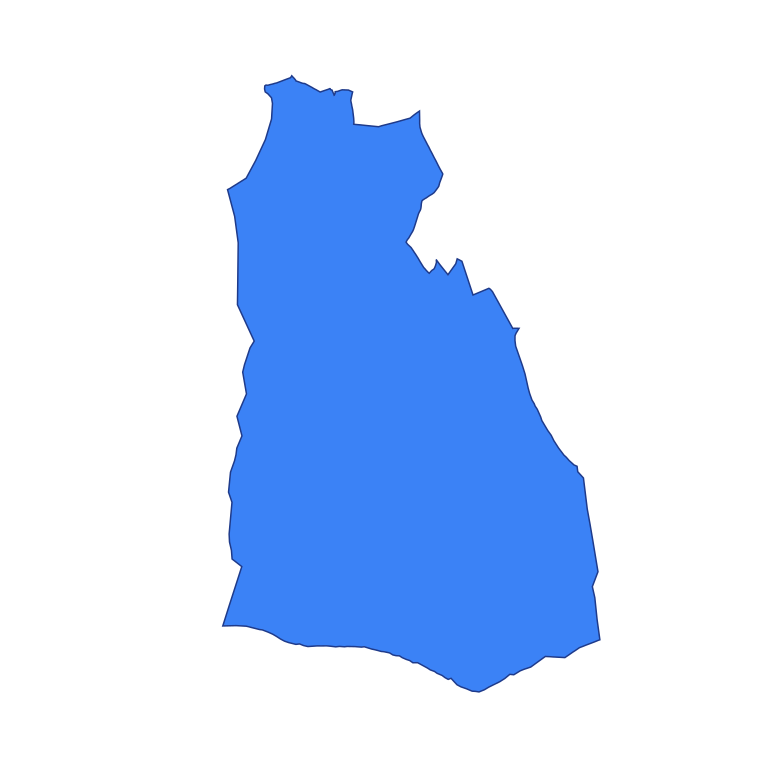 the district of Etche, Rivers, Nigeria, rotated 173°
{"feature_id": "59680162B93423525469915", "entity_name": "Etche", "entity_type": "district", "adm_level": 2, "iso_a3": "NGA", "parent_name": "Nigeria", "parent_adm1": "Rivers", "projection": "equal_earth", "projection_center": [7.069, 5.07], "detail": "fine", "context": "isolated", "style": "filled", "palette": "blue", "viewbox_px": 768, "rotation_deg": 173, "n_neighbors": 0, "source": "geoboundaries", "source_scale": "gbopen_adm2", "svg_char_len": 4471}
<svg xmlns="http://www.w3.org/2000/svg" viewBox="0 0 768 768"><g transform="rotate(173 384 384)"><path d="M573.5,163.5L560.2,162.2L550.2,160.4L537.3,155.4L534.8,154.8L529.0,151.7L524.9,149.2L521.5,146.6L517.8,143.5L514.1,140.9L510.0,138.9L508.9,138.5L503.2,136.3L499.5,136.3L495.7,134.2L491.6,132.7L482.3,132.2L477.6,131.6L472.9,131.1L469.2,130.3L463.9,129.0L460.2,129.0L455.3,128.0L453.3,128.0L452.6,128.0L444.8,126.9L441.4,126.2L438.4,125.6L435.6,125.6L428.5,122.4L425.6,121.4L422.0,120.0L419.4,118.9L416.7,118.3L412.3,116.8L411.2,116.4L408.2,114.0L405.2,112.9L401.8,112.3L399.3,110.2L395.6,108.0L392.2,106.4L389.3,103.8L384.6,103.3L381.1,100.8L375.5,96.8L372.9,94.6L368.8,92.5L368.1,91.8L366.6,90.4L361.9,87.7L359.2,85.1L356.3,83.0L353.3,83.7L350.6,79.9L348.2,76.6L344.5,74.0L342.0,72.8L339.2,71.4L336.6,69.9L334.0,68.4L330.8,67.8L327.2,66.8L321.6,68.3L317.1,70.3L312.6,71.9L305.4,74.4L302.7,75.7L300.1,76.9L294.5,80.5L290.6,79.6L286.4,81.5L283.8,82.7L279.7,83.8L276.1,84.5L272.8,85.2L265.8,89.1L262.7,90.8L257.1,93.9L252.4,93.1L249.5,92.5L246.6,92.0L242.7,91.3L237.8,90.4L232.6,93.1L229.4,94.8L226.5,96.2L222.1,98.5L218.4,99.4L215.0,100.3L211.3,101.2L206.4,102.4L202.4,103.5L200.9,103.8L201.2,124.2L200.8,146.2L201.9,157.5L194.5,171.6L195.8,202.7L196.6,219.7L197.5,235.1L197.5,266.4L201.6,272.2L202.4,273.3L202.4,276.1L202.4,278.8L205.3,280.5L209.6,285.5L212.1,289.2L214.1,291.5L218.6,299.3L222.3,307.0L224.3,312.7L227.1,317.8L231.8,328.5L232.5,332.2L235.0,340.3L236.7,343.7L237.3,346.1L239.1,350.1L240.6,356.8L241.4,362.3L242.8,376.7L244.4,385.5L248.7,405.5L248.7,411.1L248.1,415.9L246.8,418.2L243.2,422.8L248.3,423.5L249.4,423.4L265.1,462.5L266.9,465.1L268.2,466.2L284.8,461.5L291.7,496.3L294.1,498.0L296.1,499.3L298.1,494.6L301.5,490.9L307.2,484.7L310.2,489.5L314.0,495.7L316.6,500.3L316.8,500.7L317.0,500.6L317.1,498.5L317.3,497.9L318.3,495.5L319.4,493.5L320.0,492.6L320.3,492.2L320.9,491.8L322.1,491.2L322.4,491.1L323.3,490.4L325.6,488.4L326.7,489.6L328.4,491.9L328.9,492.7L329.5,493.6L329.9,494.1L330.5,495.0L331.7,497.6L333.3,501.1L334.9,504.9L335.5,506.1L336.7,508.7L337.9,511.0L338.7,512.7L339.8,514.8L340.4,516.0L343.6,519.9L344.8,522.1L344.1,523.2L343.1,524.5L341.8,525.7L339.7,528.5L339.0,529.4L336.9,532.1L335.8,533.9L334.7,536.2L334.4,536.8L330.6,545.2L329.0,548.8L328.3,549.9L327.8,550.7L326.9,551.9L326.4,552.8L325.9,554.2L325.4,556.2L325.0,558.3L324.4,560.1L324.2,560.8L323.5,561.6L322.6,562.1L320.8,563.0L319.5,563.5L317.1,564.8L315.5,565.6L313.8,566.3L313.3,566.5L311.0,567.8L310.1,568.7L309.1,569.7L307.4,571.5L306.3,572.7L305.5,573.7L304.2,577.0L302.2,580.8L300.8,583.6L300.1,585.1L300.1,585.5L300.2,585.8L302.1,590.4L303.6,594.4L305.1,598.7L306.7,602.8L308.2,607.0L309.6,610.6L310.6,613.6L311.5,615.8L312.9,619.6L314.9,624.9L315.6,627.1L316.1,629.0L316.7,632.8L317.0,634.5L316.9,637.3L316.9,638.0L316.5,641.1L315.5,650.6L318.2,649.2L321.6,647.3L325.7,644.7L331.1,643.9L338.7,642.7L346.2,641.7L355.0,640.6L358.0,640.0L370.4,642.8L376.0,644.1L381.2,645.2L382.4,645.6L382.1,646.7L381.9,648.3L381.7,651.6L381.7,653.3L381.7,656.3L381.7,658.3L381.7,660.0L381.9,662.3L382.1,664.4L382.1,665.5L382.2,666.6L382.3,667.5L382.4,669.1L382.4,669.6L382.2,670.3L380.1,676.3L379.5,677.7L383.5,680.1L389.7,681.1L391.3,680.8L394.4,680.1L396.8,680.1L397.1,678.5L398.1,676.8L398.3,676.7L398.6,678.1L399.1,679.6L399.5,681.1L399.7,681.9L399.8,682.1L400.1,682.2L400.5,682.4L401.0,682.6L401.2,682.8L401.3,683.2L401.4,683.5L401.5,683.7L401.7,683.8L403.5,683.3L407.0,682.6L410.8,681.8L411.5,681.6L411.9,681.7L412.5,682.1L413.4,682.8L414.4,683.5L415.4,684.3L416.5,685.0L417.9,686.0L419.0,686.9L419.7,687.4L421.1,688.4L424.3,690.7L425.0,691.2L426.1,691.9L427.5,692.2L428.6,692.6L429.8,693.2L431.3,694.0L432.5,694.6L433.7,695.2L434.4,695.5L434.5,696.0L435.0,696.9L435.8,698.2L437.1,699.9L438.0,701.2L439.1,699.8L439.5,699.4L444.2,698.3L447.4,697.5L453.1,696.1L453.8,695.9L455.9,695.7L457.5,695.4L459.0,695.2L460.3,695.1L462.0,694.8L463.1,694.7L464.7,695.1L466.0,694.4L466.6,691.4L466.3,688.4L464.1,686.4L463.6,685.8L460.8,681.8L460.5,676.1L463.3,660.8L471.9,641.1L484.1,621.5L495.7,605.1L512.1,597.4L512.6,597.1L515.6,596.0L511.8,568.6L511.5,541.9L516.6,503.9L519.8,480.5L507.6,442.4L512.6,436.1L520.1,420.2L522.8,413.0L521.7,390.9L533.9,369.9L531.3,349.8L537.9,338.3L539.5,331.9L541.7,326.0L547.1,315.2L551.5,295.6L549.3,285.1L556.0,254.0L556.6,246.0L555.7,237.4L556.1,228.8L547.4,220.1L564.5,183.2L573.5,163.5Z" fill="#3b82f6" stroke="#1e3a8a" stroke-width="1.5"/></g></svg>